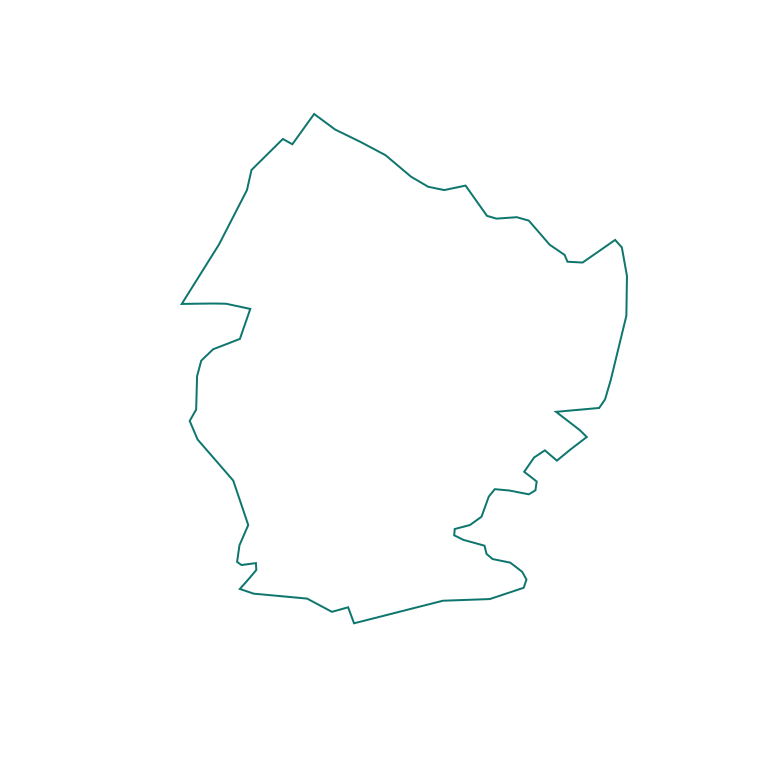 the district of Yerevan, Erevan, Armenia, rotated 35°
{"feature_id": "60910142B26577174907162", "entity_name": "Yerevan", "entity_type": "district", "adm_level": 2, "iso_a3": "ARM", "parent_name": "Armenia", "parent_adm1": "Erevan", "projection": "albers", "projection_center": [44.528, 40.164], "detail": "fine", "context": "isolated", "style": "outline", "palette": "teal", "viewbox_px": 768, "rotation_deg": 35, "n_neighbors": 0, "source": "geoboundaries", "source_scale": "gbopen_adm2", "svg_char_len": 1161}
<svg xmlns="http://www.w3.org/2000/svg" viewBox="0 0 768 768"><g transform="rotate(35 384 384)"><path d="M171.9,202.9L171.4,240.2L160.6,241.3L152.7,284.7L160.5,303.7L168.8,364.2L172.4,434.4L198.1,415.9L208.5,408.9L231.4,399.2L240.1,429.7L224.1,453.5L220.9,469.7L226.4,484.8L244.8,512.7L246.0,525.7L263.2,536.4L315.9,549.6L353.7,577.4L358.1,599.0L365.7,614.0L371.1,614.0L381.8,604.2L386.1,609.6L385.1,620.4L383.5,634.6L397.5,630.5L444.1,603.9L472.0,600.5L482.7,587.5L496.7,597.2L556.5,527.8L594.0,499.5L615.3,470.8L612.9,462.5L605.0,458.6L589.9,457.9L573.4,465.1L565.5,464.4L559.1,458.8L538.6,466.1L528.3,467.7L525.1,462.2L535.3,450.2L540.0,436.7L534.4,416.1L535.1,406.6L547.7,399.4L565.9,391.3L569.0,384.2L565.0,376.3L549.2,375.5L549.1,358.1L553.8,346.1L569.6,347.6L574.2,331.0L580.5,311.1L571.0,309.5L540.9,308.1L574.0,280.2L573.9,269.8L567.5,250.8L543.4,189.1L521.1,156.2L500.5,135.7L492.7,133.9L490.7,133.4L477.0,170.6L464.2,178.6L458.0,174.7L439.8,174.9L408.9,167.1L397.1,171.2L381.3,184.0L371.9,187.2L337.0,174.7L322.1,190.6L307.1,197.1L287.3,198.7L254.1,195.7L226.5,199.1L198.0,203.6L171.9,202.9Z" fill="none" stroke="#0f766e" stroke-width="2"/></g></svg>